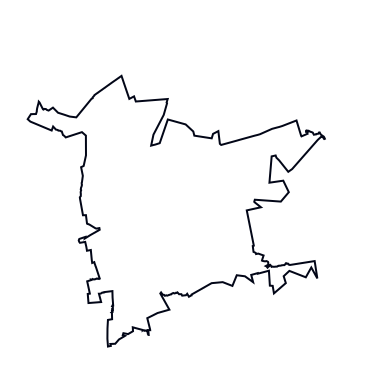 Charcas, San Luis Potosí, Mexico (orthographic projection), rotated 76°
{"feature_id": "50627088B65419773344974", "entity_name": "Charcas", "entity_type": "district", "adm_level": 2, "iso_a3": "MEX", "parent_name": "Mexico", "parent_adm1": "San Luis Potosí", "projection": "orthographic", "projection_center": [-101.043, 23.271], "detail": "fine", "context": "isolated", "style": "outline", "palette": "ink", "viewbox_px": 384, "rotation_deg": 76, "n_neighbors": 0, "source": "geoboundaries", "source_scale": "gbopen_adm2", "svg_char_len": 5648}
<svg xmlns="http://www.w3.org/2000/svg" viewBox="0 0 384 384"><g transform="rotate(76 192 192)"><path d="M306.2,91.3L288.7,89.7L286.5,114.6L285.8,115.8L285.0,115.9L284.9,116.2L284.6,116.4L284.6,116.8L284.6,117.3L284.4,117.4L284.3,117.5L284.2,117.7L284.1,117.8L284.0,117.7L283.8,117.9L283.8,118.1L284.1,118.5L284.5,118.8L285.1,119.6L285.3,120.0L285.1,120.7L285.1,120.9L285.0,121.2L285.0,121.6L284.9,122.2L284.8,122.5L284.9,122.8L284.9,123.3L284.9,123.8L284.8,124.3L284.7,124.5L284.7,124.8L284.7,125.8L284.5,126.0L284.6,126.5L284.8,127.0L285.0,127.6L284.8,128.1L284.7,128.4L284.6,129.5L284.5,129.9L284.4,130.7L284.2,131.1L283.9,132.0L283.7,132.2L283.6,132.4L283.9,132.7L283.9,132.8L283.4,132.8L282.8,133.2L282.6,133.3L281.9,133.6L281.6,133.7L281.6,133.9L282.0,134.2L282.2,134.4L282.5,134.7L282.6,134.9L282.6,135.2L282.8,135.4L283.1,136.1L283.2,136.3L283.5,136.7L283.7,137.0L282.1,137.8L281.7,138.3L281.5,137.6L281.2,136.0L280.2,135.4L279.0,135.1L278.5,135.1L278.1,135.2L277.8,135.6L277.2,136.2L277.0,136.6L277.0,137.8L276.1,139.9L275.5,140.7L274.6,140.2L270.9,137.9L267.8,142.6L267.7,144.8L266.9,144.7L265.8,145.7L265.0,146.8L259.1,146.1L259.0,145.0L223.1,143.3L223.5,128.8L216.9,133.9L216.6,133.9L216.4,133.9L214.7,132.9L222.8,108.1L215.6,98.1L203.1,100.7L201.7,114.6L176.7,106.1L176.8,102.0L179.1,101.8L182.4,99.8L195.7,93.7L194.0,89.3L171.9,57.4L169.7,53.4L170.3,52.2L170.6,51.7L171.4,51.3L172.1,51.2L172.6,50.9L172.5,50.2L171.3,50.4L170.2,50.7L169.3,51.5L167.6,53.0L166.4,53.4L165.1,53.7L165.0,54.4L166.0,55.2L165.8,57.1L165.8,57.4L166.1,57.5L165.9,59.9L163.7,60.4L163.4,60.6L163.1,61.1L162.2,62.4L162.2,62.6L160.8,64.0L160.3,65.4L160.1,65.7L160.0,66.1L160.1,66.4L160.3,66.6L161.2,66.8L161.4,66.2L161.9,65.5L162.1,65.3L162.3,65.3L163.1,66.0L163.3,66.2L163.5,66.1L164.5,72.3L163.9,72.5L147.9,73.3L149.8,88.4L150.0,91.7L150.0,93.8L150.1,99.0L152.4,112.1L152.5,114.6L152.5,117.5L152.9,133.3L153.0,136.1L153.4,152.3L152.0,153.3L139.3,151.7L140.7,157.5L144.7,159.9L137.9,176.1L133.6,176.1L124.9,181.8L115.8,197.9L136.8,211.5L137.1,216.0L137.1,220.4L127.0,215.5L110.4,200.8L99.8,194.7L99.1,195.0L95.9,193.1L90.6,224.6L85.2,225.1L85.7,227.1L86.5,230.3L69.9,231.7L62.3,232.3L66.4,243.0L72.5,258.4L74.2,262.8L74.3,263.1L74.6,263.2L76.3,265.6L77.0,265.7L77.3,267.0L91.6,286.2L89.2,292.4L86.2,297.1L82.7,302.8L76.5,306.5L78.3,311.4L77.6,312.5L77.2,313.0L76.6,313.4L76.2,313.7L75.7,315.0L75.6,315.5L76.1,316.1L75.8,316.5L75.1,316.7L74.8,316.8L71.3,317.6L68.6,318.2L67.8,318.5L67.3,318.8L67.6,318.9L67.9,319.1L69.0,319.6L69.6,320.0L72.2,321.4L73.3,322.0L75.2,322.8L76.3,323.1L78.6,324.5L77.5,329.4L81.6,333.8L84.6,331.8L98.4,313.3L94.9,310.9L97.8,309.3L98.4,309.1L99.4,307.2L99.8,307.1L100.1,306.8L100.7,305.0L101.6,304.2L101.8,303.7L105.5,303.4L106.3,302.6L107.6,301.8L108.5,301.3L107.3,284.3L111.6,281.3L130.8,286.0L140.5,290.8L141.1,293.6L149.9,294.0L155.6,296.3L156.1,296.5L156.4,296.8L157.3,297.0L158.1,297.0L158.4,297.2L158.8,297.2L159.3,297.5L160.1,297.9L160.8,298.5L162.6,299.3L163.4,299.1L164.0,299.5L165.1,300.0L165.9,300.2L167.0,300.3L167.6,300.5L169.1,300.9L170.0,302.1L171.5,302.3L188.2,303.4L188.8,300.5L197.2,301.5L197.5,301.4L197.8,301.0L197.8,300.7L198.3,300.2L198.6,299.6L203.9,294.4L204.4,293.5L204.6,290.6L206.3,290.7L209.1,300.7L211.2,307.2L209.8,306.4L210.3,312.7L211.1,313.3L211.6,313.6L213.0,313.5L214.2,313.0L214.6,307.7L219.7,307.8L223.6,308.1L223.8,304.2L233.8,305.7L236.7,306.0L236.4,303.8L238.7,303.7L239.2,303.6L241.0,303.5L241.2,303.4L254.6,302.4L254.4,302.4L254.3,302.5L254.1,302.6L254.0,302.8L253.9,302.9L253.8,303.0L253.9,303.3L253.8,303.5L253.7,303.6L253.6,303.8L253.4,303.8L253.3,304.0L253.2,304.3L253.2,304.5L253.1,304.9L253.2,305.0L253.0,305.4L253.1,305.5L253.0,305.8L253.1,306.0L253.1,306.4L253.2,306.8L253.2,307.1L253.3,307.5L253.1,308.3L252.9,308.4L252.9,308.5L252.9,309.1L252.9,309.4L252.9,309.5L252.7,309.6L252.8,309.7L252.9,309.9L252.9,310.0L252.7,310.3L252.8,310.5L252.7,310.6L252.6,310.8L252.4,311.3L253.1,311.3L253.3,315.3L265.9,315.7L265.7,317.8L274.7,319.3L276.8,306.8L268.2,306.9L268.4,306.1L268.4,304.6L268.3,304.2L267.9,303.6L268.0,302.4L268.2,302.2L268.2,301.8L268.2,301.4L267.9,301.3L268.3,298.2L268.9,293.2L275.2,294.6L282.8,295.9L282.6,296.4L283.6,297.2L284.0,296.5L286.2,297.0L286.2,297.8L286.8,297.9L286.9,297.2L287.9,297.4L287.8,298.4L288.3,298.5L289.2,298.7L289.3,298.6L289.5,299.2L289.8,298.9L296.1,300.3L295.8,304.5L303.9,307.0L314.0,309.6L321.6,310.9L321.7,308.0L319.7,308.0L320.7,303.2L317.4,298.5L315.4,291.8L314.2,293.8L312.4,292.7L314.4,288.4L312.8,282.9L309.0,282.2L313.9,273.3L314.3,273.4L314.2,273.2L314.4,272.7L314.7,272.4L314.8,272.2L315.0,271.9L314.7,271.7L314.9,271.2L316.0,269.6L315.3,269.5L315.3,268.9L316.6,269.1L316.7,268.8L318.9,269.2L320.1,268.9L320.2,268.6L315.4,267.8L315.7,266.9L315.7,266.4L315.8,266.3L315.9,266.0L315.2,265.9L303.6,265.9L301.1,254.7L300.7,242.4L282.8,247.3L282.0,246.3L282.6,246.1L283.3,245.7L283.8,245.7L284.6,245.2L284.9,244.2L285.2,243.9L286.0,243.6L286.0,243.2L286.2,242.7L286.0,242.0L286.2,241.8L286.6,241.0L286.5,240.3L286.3,239.3L286.4,238.6L286.2,238.0L286.2,237.3L286.3,236.9L285.9,236.6L285.7,235.5L285.6,235.4L285.5,234.8L285.5,234.5L285.8,234.2L286.2,233.5L286.1,233.1L286.2,232.5L286.2,232.0L285.9,231.7L286.2,231.1L285.9,230.4L288.0,229.3L288.6,227.0L290.2,226.6L290.7,222.8L289.6,221.3L292.9,220.3L292.6,219.5L292.6,219.1L292.2,218.1L292.2,217.4L291.4,217.2L285.2,195.0L286.9,184.0L292.9,175.5L283.6,168.7L286.6,161.0L294.3,154.5L286.8,154.6L286.6,147.8L287.2,147.9L287.0,136.4L301.7,139.1L302.6,136.4L310.2,137.0L303.1,123.0L295.9,123.4L292.1,116.6L302.3,102.2L294.1,94.5L306.2,91.3Z" fill="none" stroke="#020617" stroke-width="2"/></g></svg>